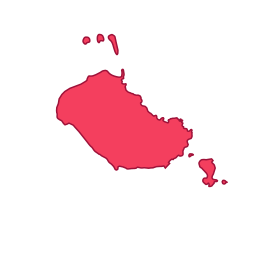 the district of Phu Quy, Bình Thuận, Vietnam, rotated 327°
{"feature_id": "81297802B90799057915407", "entity_name": "Phu Quy", "entity_type": "district", "adm_level": 2, "iso_a3": "VNM", "parent_name": "Vietnam", "parent_adm1": "Bình Thuận", "projection": "albers", "projection_center": [108.956, 10.526], "detail": "fine", "context": "isolated", "style": "filled", "palette": "rose", "viewbox_px": 256, "rotation_deg": 327, "n_neighbors": 0, "source": "geoboundaries", "source_scale": "gbopen_adm2", "svg_char_len": 5930}
<svg xmlns="http://www.w3.org/2000/svg" viewBox="0 0 256 256"><g transform="rotate(327 128 128)"><path d="M112.3,65.6L100.9,63.1L94.9,63.0L90.8,63.9L86.1,66.1L82.9,69.6L79.4,72.1L77.6,74.5L76.7,76.2L76.3,77.6L74.5,80.2L74.3,81.2L74.4,81.9L75.1,83.7L76.3,85.8L76.4,86.7L76.4,89.2L76.9,91.0L79.2,91.6L80.5,91.7L81.1,91.8L81.5,92.3L83.3,95.2L83.7,96.2L83.9,98.0L84.9,104.2L86.1,116.7L86.4,120.5L86.7,122.6L87.3,124.8L87.4,128.5L87.7,129.9L89.1,133.3L89.3,134.0L90.0,134.8L90.8,137.1L93.0,141.0L93.4,142.2L93.5,143.4L93.4,144.8L93.4,146.1L93.6,147.1L94.5,149.5L95.0,152.5L94.9,154.0L94.7,155.6L94.8,156.1L95.4,156.9L96.6,157.1L97.2,156.8L97.7,156.1L98.5,155.2L99.2,155.2L100.2,155.5L102.5,157.8L104.0,159.9L104.3,160.2L104.7,161.3L105.0,161.8L105.8,162.4L109.0,164.0L111.7,165.6L112.9,166.1L114.2,166.0L114.8,166.2L117.2,168.6L118.1,169.2L119.9,170.1L123.5,173.0L125.4,173.9L127.3,175.0L128.6,175.3L130.5,175.8L131.2,176.1L133.7,177.5L135.3,178.5L137.4,179.4L137.5,181.9L143.6,180.4L143.3,178.9L145.4,178.2L146.8,178.0L147.5,178.0L147.9,178.1L148.1,178.3L148.6,179.0L148.9,179.0L149.4,178.7L149.9,178.7L151.5,179.0L152.3,179.0L154.3,178.4L155.5,178.4L155.8,178.6L156.0,179.4L156.4,179.9L157.2,180.3L158.2,180.6L159.0,180.5L159.5,180.3L160.0,179.8L161.4,177.4L162.3,176.6L163.5,175.9L164.0,175.5L164.5,175.2L165.2,175.2L165.9,175.3L166.9,175.7L168.0,175.7L169.4,174.7L169.6,174.4L169.6,173.6L170.2,171.7L170.6,171.1L171.2,170.7L172.3,170.5L173.2,170.6L175.2,171.1L176.2,170.6L176.9,170.1L177.4,169.5L178.4,167.7L179.2,166.8L179.1,166.0L179.4,165.6L180.4,164.8L180.5,164.4L180.4,164.0L180.2,163.7L179.7,163.6L177.9,164.0L177.0,163.7L176.5,163.2L176.3,162.9L176.8,161.4L176.8,160.7L176.2,160.0L174.9,159.1L174.7,158.8L174.6,158.3L174.7,158.1L175.2,157.5L175.2,157.1L174.8,156.6L174.7,155.9L174.7,155.5L174.9,155.1L175.6,154.5L176.4,154.1L176.6,153.8L176.6,153.5L176.3,153.1L176.1,152.6L176.2,152.0L176.4,151.7L177.3,151.8L177.7,151.6L177.9,151.3L177.7,150.9L176.9,150.7L176.8,150.1L177.2,149.8L177.2,149.6L177.1,149.3L176.8,149.1L176.6,149.2L175.8,150.4L175.5,150.6L175.3,150.5L175.0,150.0L175.0,149.5L175.2,148.7L175.2,148.3L174.5,147.1L174.6,146.5L174.6,146.2L174.2,145.9L172.2,145.1L170.8,144.2L169.3,143.7L168.8,143.4L167.5,143.5L167.1,143.5L166.6,143.2L166.3,143.3L165.9,143.6L165.7,144.5L165.4,145.0L164.9,145.3L164.4,145.4L164.0,145.1L162.1,142.6L161.5,141.2L161.5,140.7L162.0,140.2L162.7,140.0L163.1,139.6L163.2,139.1L163.2,138.7L162.7,138.3L162.1,138.1L161.1,138.1L160.3,138.3L159.4,138.6L159.0,138.6L158.0,137.5L157.7,137.0L157.6,135.6L157.9,134.6L158.4,133.9L158.5,133.4L158.5,133.0L158.3,132.7L158.0,132.5L156.3,132.1L156.0,131.8L155.6,130.9L155.5,130.2L155.0,128.0L154.6,127.5L154.1,126.2L153.8,124.5L154.6,121.7L154.6,121.0L154.2,119.4L153.9,118.9L152.1,117.2L151.9,116.8L151.7,115.7L151.7,115.0L151.9,114.4L152.2,113.9L152.4,113.7L152.9,113.9L153.3,113.8L153.8,113.5L154.4,113.0L154.7,112.4L154.8,111.8L154.8,110.6L155.5,109.4L155.6,108.1L155.5,107.5L155.1,106.9L154.4,106.0L152.8,105.0L151.2,103.2L150.9,102.1L150.7,101.8L149.9,101.2L149.1,99.8L147.8,98.2L147.3,96.7L147.0,95.2L147.3,93.9L147.6,93.4L147.8,93.0L147.8,92.5L147.9,92.2L148.5,91.5L149.3,91.1L150.0,90.6L150.3,90.0L150.2,89.7L148.4,88.9L147.4,87.6L147.3,87.3L147.4,86.9L148.5,85.7L148.6,85.4L148.5,84.9L148.5,84.3L148.7,84.1L149.2,83.9L150.0,83.8L150.8,84.1L151.5,83.9L151.9,82.6L153.0,81.9L154.0,80.7L155.7,76.9L155.7,76.2L155.4,75.9L155.0,75.8L154.2,76.1L153.4,77.9L152.5,79.3L151.0,81.0L150.0,81.3L149.4,81.2L148.1,80.5L146.5,79.0L144.9,77.2L143.5,75.3L142.6,73.6L142.0,71.9L141.6,69.1L141.3,68.4L140.4,67.4L139.1,66.8L137.5,66.3L134.8,66.3L130.0,65.8L126.8,65.1L125.4,64.4L123.8,63.3L123.1,63.1L122.4,63.4L120.9,64.3L119.3,65.7L117.5,65.8L112.3,65.6ZM174.5,213.1L179.3,209.1L180.2,206.1L180.1,205.1L179.6,203.0L179.7,202.4L180.2,201.9L181.5,201.7L181.5,201.0L181.4,200.0L181.2,199.4L176.3,197.2L174.5,195.8L172.7,194.8L171.5,194.7L170.1,195.0L168.8,195.7L168.1,196.6L167.2,199.5L167.2,200.1L167.4,200.7L168.0,201.9L168.1,202.7L169.1,208.3L169.1,210.3L168.8,211.1L168.2,211.9L167.4,212.6L166.7,212.8L166.3,212.6L164.8,211.7L164.1,211.6L163.2,211.9L162.6,212.3L162.1,212.9L161.7,213.8L161.8,215.0L162.3,216.9L162.7,217.8L163.7,218.2L164.3,218.2L164.8,218.0L165.2,218.0L165.5,218.2L165.5,218.7L165.2,219.7L164.3,220.6L164.1,220.9L164.2,221.2L165.4,221.9L166.8,222.2L168.2,221.7L170.1,221.2L170.5,220.6L170.9,220.3L171.6,220.3L173.3,221.2L173.9,221.2L174.3,220.9L174.2,220.4L173.9,219.7L171.7,217.8L171.3,217.0L171.3,215.7L171.7,215.0L172.8,214.0L174.5,213.1ZM159.2,60.4L159.9,60.0L160.5,59.3L161.9,57.3L164.9,49.1L166.1,46.0L166.7,44.4L166.7,43.5L166.4,42.8L166.2,42.2L165.7,41.3L165.4,40.9L163.8,40.4L162.0,40.4L161.6,40.6L161.2,40.9L160.7,41.8L160.6,42.9L160.6,43.8L161.1,45.6L161.2,46.7L161.1,48.0L160.7,50.0L159.8,52.9L158.8,56.5L158.5,58.3L158.5,59.5L158.6,60.2L158.8,60.4L159.2,60.4ZM156.1,40.2L156.6,38.8L156.9,37.0L156.8,36.5L156.6,35.9L156.2,35.1L155.2,34.2L154.8,33.9L154.2,33.7L153.7,33.8L152.9,34.2L152.3,34.6L151.3,35.8L150.4,37.3L149.9,38.6L149.8,39.0L149.8,39.8L150.1,40.5L150.5,40.6L150.9,40.4L151.7,39.9L152.5,39.8L153.5,40.4L153.8,40.8L154.6,41.4L155.2,41.2L155.7,40.8L156.1,40.2ZM143.1,34.5L143.7,33.7L144.2,32.5L144.2,31.4L144.0,30.7L143.8,30.2L143.2,29.6L142.5,29.1L141.9,28.7L140.9,28.5L140.5,28.6L139.8,28.9L139.1,29.3L138.2,29.9L137.5,30.8L137.3,31.4L137.2,32.0L137.3,33.1L137.5,33.9L138.2,34.5L138.4,34.6L139.5,34.2L140.1,34.2L141.0,34.4L142.3,34.8L142.8,34.7L143.1,34.5ZM181.5,227.2L181.1,226.6L180.7,225.1L180.3,224.5L179.6,223.9L178.9,223.7L177.8,224.3L177.4,225.3L177.3,226.1L177.5,226.7L177.9,227.1L178.5,227.5L179.5,227.5L180.0,227.2L180.5,227.2L181.3,227.4L181.5,227.4L181.5,227.2ZM168.0,185.3L167.7,184.8L166.3,183.7L165.9,183.5L165.4,183.4L164.7,183.7L164.3,184.0L164.0,184.4L163.7,185.3L163.9,185.6L164.1,185.7L166.3,185.6L168.0,186.1L168.2,185.9L168.0,185.3Z" fill="#f43f5e" stroke="#9f1239" stroke-width="1.5"/></g></svg>